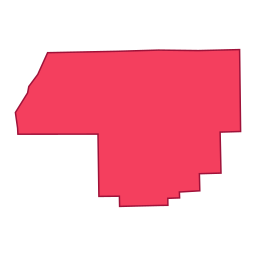 outline of Woodford, Illinois, United States of America
{"feature_id": "52423323B31485685808908", "entity_name": "Woodford", "entity_type": "district", "adm_level": 2, "iso_a3": "USA", "parent_name": "United States of America", "parent_adm1": "Illinois", "projection": "orthographic", "projection_center": [-89.225, 40.761], "detail": "fine", "context": "isolated", "style": "filled", "palette": "rose", "viewbox_px": 256, "rotation_deg": 0, "n_neighbors": 0, "source": "geoboundaries", "source_scale": "gbopen_adm2", "svg_char_len": 426}
<svg xmlns="http://www.w3.org/2000/svg" viewBox="0 0 256 256"><path d="M239.6,49.6L198.3,50.6L158.5,50.1L117.3,51.3L47.6,52.7L37.8,74.4L28.8,86.5L27.6,92.9L15.4,112.5L17.6,128.1L17.9,134.2L98.0,134.1L98.9,196.4L119.4,196.2L119.6,206.4L160.3,205.4L167.9,205.3L167.8,198.3L179.6,197.9L179.4,192.0L199.8,190.8L199.4,173.7L221.0,173.1L220.1,132.1L240.6,131.5L239.6,49.6Z" fill="#f43f5e" stroke="#9f1239" stroke-width="1.5"/></svg>